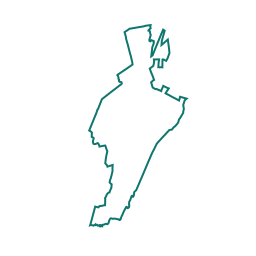 the district of Krišjāņu pag., Balvu, Latvia, rotated 295°
{"feature_id": "27541924B18316673123467", "entity_name": "Krišjāņu pag.", "entity_type": "district", "adm_level": 2, "iso_a3": "LVA", "parent_name": "Latvia", "parent_adm1": "Balvu", "projection": "natural_earth1", "projection_center": [27.279, 56.822], "detail": "fine", "context": "isolated", "style": "outline", "palette": "teal", "viewbox_px": 256, "rotation_deg": 295, "n_neighbors": 0, "source": "geoboundaries", "source_scale": "gbopen_adm2", "svg_char_len": 5235}
<svg xmlns="http://www.w3.org/2000/svg" viewBox="0 0 256 256"><g transform="rotate(295 128 128)"><path d="M230.8,105.0L228.3,101.0L226.8,99.3L225.8,97.9L223.9,95.1L221.6,91.8L219.3,88.5L218.7,87.5L216.6,86.3L213.4,84.4L212.1,85.5L209.2,88.0L208.6,88.1L204.2,91.9L203.7,92.4L199.1,96.1L196.6,98.2L193.7,100.7L191.9,102.1L191.1,102.7L190.2,103.5L188.9,104.4L188.1,104.9L187.4,105.3L187.0,105.0L186.8,104.9L186.7,104.9L184.8,103.8L180.2,101.1L177.6,99.5L176.9,99.1L171.7,96.0L171.4,96.0L170.9,97.0L170.7,97.1L170.2,97.6L169.9,97.9L169.7,98.1L169.4,98.2L168.8,98.5L168.6,98.6L168.4,98.7L168.3,98.9L168.2,99.1L168.1,99.4L167.8,99.6L167.1,99.7L166.6,100.1L166.3,100.7L166.3,101.0L166.6,101.5L166.7,102.1L166.7,102.5L166.7,102.8L165.9,103.4L165.6,103.6L164.9,103.4L158.1,99.9L156.7,99.1L145.1,93.2L143.9,92.6L143.2,92.2L140.9,92.3L136.1,92.6L132.9,92.8L132.7,92.9L131.8,92.5L131.2,92.7L130.6,92.7L127.1,93.1L125.6,93.1L115.4,93.6L109.3,93.9L109.2,95.6L108.7,96.8L108.6,97.2L108.1,97.4L104.7,98.8L104.5,99.0L104.5,99.4L104.6,100.2L104.5,100.8L104.4,101.1L104.1,101.3L101.2,101.8L100.7,102.0L100.2,102.4L99.4,103.0L99.2,103.2L99.1,103.8L99.1,104.1L99.3,104.6L99.4,104.8L100.1,105.6L101.4,106.8L101.5,107.0L101.5,107.3L101.4,107.6L100.4,108.8L99.4,110.0L99.2,110.1L101.6,113.4L102.5,114.7L102.5,114.8L98.8,118.3L98.2,119.1L94.1,120.0L90.4,121.0L86.8,122.2L86.4,122.3L85.6,124.2L85.2,124.8L84.3,125.7L88.0,129.7L85.3,130.8L84.5,131.2L82.5,132.1L82.3,132.2L77.6,133.2L76.8,133.3L75.2,133.6L74.0,133.7L72.8,133.8L72.4,133.9L71.0,134.3L70.9,134.5L70.6,135.0L70.4,135.4L70.1,137.0L67.4,137.9L67.2,138.1L62.0,138.3L61.8,138.2L61.7,138.3L61.5,138.0L60.6,137.4L60.3,137.3L59.9,137.1L59.1,137.0L58.3,136.9L57.9,136.9L56.8,137.0L56.4,137.0L55.0,136.9L54.7,136.8L53.3,137.8L52.7,137.9L51.5,138.5L48.3,139.8L47.5,138.5L47.0,138.0L45.8,136.2L45.1,135.1L43.6,134.8L42.9,131.5L25.3,134.6L24.0,134.8L24.4,135.1L24.5,135.7L24.9,137.4L25.0,138.1L25.3,138.2L25.8,138.5L26.0,138.9L26.1,139.0L26.4,139.0L26.6,139.1L26.3,139.3L26.2,139.5L26.3,139.7L26.8,140.0L27.0,140.2L27.0,140.4L27.1,140.6L27.2,140.9L27.0,141.1L26.8,141.3L26.7,141.5L26.7,141.8L26.8,141.9L26.9,142.1L27.3,142.5L27.9,143.1L28.0,143.3L27.7,143.4L27.4,143.5L27.0,143.8L27.0,144.2L27.0,144.3L27.4,144.4L27.6,144.2L27.9,144.2L28.2,144.2L28.4,144.2L28.5,144.4L28.2,144.7L27.8,145.0L28.1,145.3L28.1,145.6L27.9,145.8L27.9,146.0L28.0,146.2L28.6,145.9L28.9,145.8L29.3,145.8L29.5,145.9L29.7,146.0L29.9,146.4L30.0,146.7L30.1,146.8L30.5,147.3L31.6,148.2L31.8,148.5L31.9,148.8L32.0,149.0L32.0,149.5L32.2,150.1L33.0,150.3L33.9,150.5L34.4,150.4L35.3,150.2L35.9,150.1L36.2,150.1L36.7,150.1L37.4,150.1L37.8,150.1L38.3,150.3L38.5,150.4L38.7,150.5L38.8,150.7L39.0,150.9L39.0,151.2L39.2,152.0L39.3,152.7L39.6,153.1L40.1,153.9L40.3,154.2L40.4,154.5L40.7,156.1L40.9,156.9L41.0,157.5L41.3,158.0L41.4,158.3L41.3,158.5L41.0,159.0L41.0,159.3L41.2,159.5L41.5,159.7L42.1,159.8L42.8,159.8L43.1,159.8L44.2,159.6L44.8,159.6L45.7,159.5L46.7,159.6L47.2,159.6L49.9,159.5L50.9,159.4L51.5,159.5L51.9,159.5L53.3,159.6L55.5,159.7L55.8,159.9L55.9,160.0L55.9,160.4L55.8,160.5L55.4,161.0L55.2,161.3L55.2,161.6L55.3,161.7L55.5,161.9L55.7,162.0L56.2,162.2L56.5,162.3L56.9,162.3L57.3,162.2L57.6,162.1L58.1,162.0L58.5,161.8L58.9,161.4L59.2,161.3L59.7,161.0L60.8,160.6L61.6,160.3L61.8,160.3L63.5,160.5L66.8,160.1L67.3,160.1L67.5,160.1L67.9,160.1L68.1,160.3L68.3,160.4L68.3,160.5L68.3,160.9L67.7,161.3L67.7,161.5L67.9,161.7L68.3,161.8L68.7,161.8L69.2,161.8L69.8,161.6L70.8,161.3L72.3,160.8L72.5,160.8L73.0,160.8L73.8,161.2L75.0,161.7L75.6,161.7L83.2,161.5L83.5,161.4L88.9,161.3L108.1,160.6L109.3,160.6L109.9,160.6L110.7,160.5L112.9,160.5L115.6,160.4L119.4,160.6L125.0,160.7L125.9,160.7L127.7,161.2L129.6,161.8L134.6,163.4L139.2,164.9L140.0,165.1L143.2,166.2L143.4,166.3L143.6,166.3L143.7,166.5L144.1,166.9L144.9,168.2L145.1,168.4L145.2,168.5L145.4,168.5L145.7,168.6L148.0,169.1L148.9,169.6L149.3,169.9L153.1,171.0L153.3,171.0L153.6,171.0L154.7,171.1L155.2,171.0L156.7,170.7L157.1,170.6L157.6,170.7L158.6,170.9L159.0,171.0L161.9,171.3L165.2,171.6L165.9,171.2L168.8,170.6L172.3,168.3L172.6,168.2L174.0,168.1L176.9,167.7L177.1,167.7L179.4,168.7L178.3,162.0L175.7,162.5L174.5,162.7L174.6,160.6L174.7,159.1L174.8,156.0L175.1,151.7L175.3,147.4L176.6,147.5L181.1,148.2L181.0,146.6L181.0,143.9L181.1,142.2L176.5,142.3L175.5,142.5L175.5,139.6L175.4,139.6L175.4,137.2L174.8,136.4L174.8,136.1L174.9,135.3L175.1,133.7L175.1,133.4L175.2,133.2L175.9,132.6L178.4,130.4L178.6,130.2L178.9,130.0L179.1,129.7L179.8,129.9L181.7,130.7L182.6,131.3L185.7,128.2L187.8,125.9L191.0,122.6L195.0,124.7L198.9,123.8L201.1,122.5L201.6,123.6L203.3,127.2L202.4,127.5L200.0,128.2L195.9,129.8L197.3,132.9L197.5,133.5L204.7,130.3L204.8,130.4L205.0,130.8L205.0,131.0L205.1,131.3L205.0,134.2L208.0,134.4L213.5,133.9L218.3,131.0L225.0,126.7L222.4,125.5L221.6,125.2L217.4,123.3L221.3,121.8L231.7,120.1L232.0,118.3L227.8,118.4L206.9,119.4L206.3,119.5L205.6,119.5L204.6,119.6L204.2,119.6L202.8,118.8L205.2,118.0L206.7,117.5L211.4,115.9L216.1,115.5L216.6,114.9L217.6,114.7L217.5,112.1L216.0,111.6L215.9,110.9L216.8,110.1L221.9,109.3L222.7,108.5L223.3,108.0L225.0,106.8L224.9,105.4L225.6,105.3L227.9,106.4L229.0,105.5L230.8,105.0Z" fill="none" stroke="#0f766e" stroke-width="2"/></g></svg>